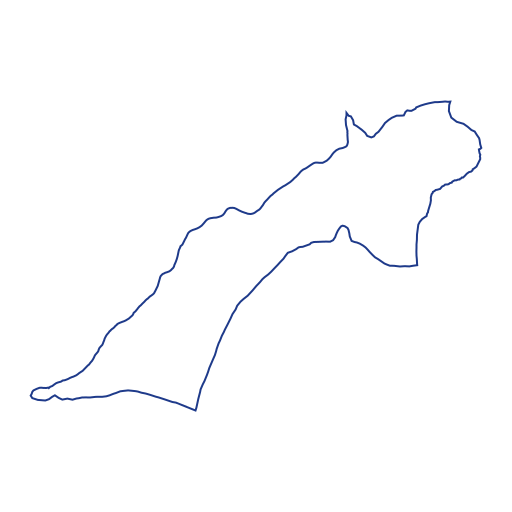 outline of Luangprabang, Louangphrabang, Laos
{"feature_id": "54806243B7800047317547", "entity_name": "Luangprabang", "entity_type": "district", "adm_level": 2, "iso_a3": "LAO", "parent_name": "Laos", "parent_adm1": "Louangphrabang", "projection": "robinson", "projection_center": [102.099, 19.82], "detail": "fine", "context": "isolated", "style": "outline", "palette": "blue", "viewbox_px": 512, "rotation_deg": 0, "n_neighbors": 0, "source": "geoboundaries", "source_scale": "gbopen_adm2", "svg_char_len": 6037}
<svg xmlns="http://www.w3.org/2000/svg" viewBox="0 0 512 512"><path d="M30.7,395.6L32.3,398.1L37.8,399.9L45.3,400.5L49.0,399.2L52.2,396.8L54.9,395.3L58.7,397.9L62.3,399.6L67.4,398.6L72.5,399.7L76.5,398.5L78.9,398.2L81.9,397.5L85.7,397.4L89.9,397.5L95.2,396.9L97.1,396.8L102.2,396.8L106.3,396.3L109.7,395.3L112.1,394.3L114.3,393.5L115.7,393.1L120.3,391.3L123.5,390.9L128.1,390.4L132.3,390.8L135.9,391.2L138.0,391.6L141.4,392.7L145.5,393.5L147.3,394.0L150.3,394.9L155.8,396.7L158.5,397.4L164.7,399.4L172.4,402.0L175.9,402.6L195.5,410.5L196.4,407.7L198.3,398.9L199.1,395.8L200.1,392.0L200.6,389.4L202.8,384.3L204.4,381.2L206.9,375.1L208.1,371.8L209.3,368.0L213.0,359.4L214.9,355.1L216.1,351.2L216.7,348.8L218.6,343.4L220.0,340.5L221.9,335.7L223.9,331.9L224.8,329.8L227.6,324.4L230.5,318.6L232.5,314.1L235.6,309.5L237.2,305.7L240.5,301.7L243.5,299.0L247.7,295.7L252.6,290.4L256.2,286.1L260.1,282.0L262.4,279.2L264.6,277.2L268.2,274.5L271.2,271.7L274.5,268.2L277.6,265.0L280.2,262.1L283.5,258.7L285.2,256.2L287.8,252.8L292.1,251.3L296.2,249.1L298.5,247.4L300.2,247.0L302.7,246.8L309.7,244.3L311.2,242.8L313.9,242.0L317.2,241.9L322.4,241.7L326.2,241.6L330.1,241.7L333.1,240.2L335.2,237.1L335.8,235.3L336.7,233.1L337.8,230.8L339.1,228.8L340.0,227.6L341.1,226.3L342.6,225.7L344.7,226.2L347.5,228.0L348.5,229.9L349.3,233.3L349.8,236.5L351.6,240.9L354.5,242.0L356.9,242.5L359.7,243.6L363.1,245.6L365.6,247.5L367.6,249.6L369.6,251.9L372.5,254.9L375.0,257.3L378.2,259.2L384.4,263.5L386.7,264.5L389.8,265.7L394.0,265.8L400.0,266.5L404.3,266.2L405.4,266.2L409.3,266.4L413.4,265.7L417.2,265.2L417.1,264.3L416.8,258.8L416.5,255.7L416.4,251.5L416.5,247.6L416.5,244.4L416.9,239.9L417.0,234.6L418.3,224.7L418.5,224.3L419.8,221.8L422.2,219.0L425.2,216.9L426.5,216.2L427.1,213.6L428.0,212.2L428.1,211.0L429.0,208.0L430.3,203.8L430.9,200.4L430.8,197.6L431.6,194.2L432.6,193.0L432.9,191.9L434.4,191.1L435.7,190.0L437.4,189.7L440.1,188.9L442.1,186.5L443.9,185.7L445.1,184.6L446.2,184.5L447.9,184.4L449.0,183.9L449.7,183.2L451.8,182.6L452.2,181.7L454.7,180.3L456.3,180.3L458.0,179.6L459.6,179.5L460.1,178.8L461.3,178.3L461.8,177.5L463.1,177.5L464.7,176.0L466.8,173.7L469.0,172.1L471.1,171.6L472.5,170.4L472.7,169.3L474.2,168.4L476.5,166.6L480.2,159.2L480.2,157.7L479.9,156.3L480.3,154.7L479.6,153.3L479.2,151.3L478.9,149.4L480.4,148.8L481.3,147.9L481.0,147.0L480.2,144.3L479.6,140.1L479.1,138.2L476.7,134.7L474.7,131.5L471.4,130.0L467.6,126.7L463.5,123.8L456.7,121.8L451.3,117.6L448.9,111.1L449.2,105.1L450.3,101.6L448.1,101.8L445.1,101.5L442.2,101.8L438.2,102.1L435.0,102.1L432.9,102.5L428.8,103.3L424.8,104.3L420.6,105.6L418.2,106.6L416.2,107.4L415.5,108.7L411.5,110.8L409.7,110.8L407.3,110.4L405.5,111.9L403.8,115.4L402.0,115.6L396.6,115.7L391.8,117.8L388.6,120.0L385.0,123.0L382.4,126.8L378.5,131.8L375.8,133.8L373.9,136.4L371.3,137.4L367.2,135.9L365.2,132.8L361.9,129.9L356.8,126.1L353.9,124.5L353.1,120.2L350.9,116.4L348.7,115.8L346.5,112.9L346.5,115.4L345.6,119.3L346.0,125.0L347.5,131.1L347.3,132.1L347.5,133.2L347.4,134.9L347.6,138.2L347.7,140.0L347.9,141.3L347.9,142.3L347.6,143.6L347.3,144.7L346.8,145.8L346.1,146.5L344.7,147.2L342.7,148.0L339.3,148.7L336.4,150.2L333.8,152.5L332.4,154.2L330.6,156.8L328.8,158.8L326.7,160.7L323.7,162.3L322.6,162.8L321.2,162.8L319.3,162.8L317.1,162.6L315.7,162.6L314.3,162.9L312.9,163.6L310.6,165.1L308.0,166.9L307.0,167.6L305.5,168.5L303.3,169.5L301.7,170.7L300.6,171.7L298.6,174.1L295.9,176.9L294.3,178.2L292.8,179.8L290.3,182.0L285.3,185.3L283.2,186.4L278.0,189.8L273.4,193.5L272.6,194.4L270.6,195.9L268.9,197.7L267.3,199.5L265.8,201.0L264.4,202.6L262.8,205.3L261.9,206.4L260.9,207.8L259.8,209.1L258.7,210.0L257.6,210.6L256.2,211.6L255.2,212.4L253.6,213.3L251.9,213.8L250.6,214.0L249.1,213.9L247.6,213.7L246.1,213.1L245.0,212.8L241.9,211.7L239.3,210.5L236.2,208.8L234.3,208.0L232.7,207.8L230.0,207.9L228.7,208.4L227.6,208.9L226.6,209.9L225.5,211.4L224.3,213.4L222.9,215.0L221.3,216.0L219.7,216.6L217.8,217.2L216.1,217.6L213.8,217.7L210.5,218.2L208.8,218.7L208.0,219.1L206.9,219.8L206.2,220.4L205.0,221.8L203.6,223.5L202.6,224.6L201.6,225.7L200.7,226.3L199.5,227.2L197.2,228.4L195.1,229.2L192.6,230.0L191.6,230.5L190.5,231.0L189.2,232.0L188.3,232.9L187.6,234.2L186.5,236.6L186.0,237.7L185.0,239.3L184.3,240.8L182.4,244.6L181.4,245.5L180.5,246.2L180.1,247.5L179.5,248.8L179.0,249.8L178.7,250.8L178.0,254.2L177.8,255.2L177.5,256.5L176.8,259.0L175.8,261.8L174.8,264.1L174.4,264.9L174.0,266.5L173.1,268.0L171.9,269.1L171.0,270.1L169.4,271.3L167.1,272.2L165.1,272.8L164.1,273.4L162.9,273.9L162.2,274.4L161.5,275.2L160.8,275.9L160.4,276.7L160.1,277.4L159.9,278.3L157.7,286.0L155.2,291.1L154.8,291.7L154.5,292.5L153.8,293.5L153.1,294.2L151.4,295.5L150.0,296.4L149.5,296.9L148.8,297.5L147.8,298.6L146.8,299.2L146.3,299.7L145.6,300.3L145.0,301.0L144.4,301.7L142.4,303.6L140.7,305.4L139.4,306.4L138.8,307.2L138.0,308.1L137.5,308.8L137.1,309.4L136.6,309.9L135.6,311.2L134.7,312.0L133.7,312.8L133.2,314.1L132.5,315.3L130.8,316.8L128.8,318.6L127.1,319.6L125.8,320.4L124.1,321.2L122.1,321.9L119.8,322.8L118.7,323.3L117.6,323.9L116.9,324.5L116.6,325.0L115.4,325.9L114.6,326.9L113.9,327.6L113.0,328.4L112.3,328.8L111.5,329.5L110.8,330.1L110.3,330.8L109.6,331.2L109.0,332.1L108.5,332.8L107.7,333.7L107.0,334.5L106.3,335.5L105.9,336.2L104.7,338.5L104.1,340.5L103.3,342.4L102.9,343.6L102.2,345.0L100.9,346.3L100.1,347.2L99.3,348.2L98.6,349.9L98.4,350.8L98.0,351.6L97.4,352.4L96.7,353.2L96.2,353.8L95.3,354.8L94.6,356.0L94.2,357.0L93.3,358.8L92.0,360.9L90.9,362.1L90.0,363.2L89.5,363.9L89.0,364.6L88.4,365.0L87.8,365.5L87.3,366.0L84.7,368.7L83.8,369.6L82.9,370.6L81.8,371.4L80.8,372.0L80.1,372.5L79.6,372.8L78.9,373.3L78.1,374.0L76.7,375.0L75.7,375.6L74.7,376.0L73.5,376.6L71.9,377.1L71.0,377.5L70.0,377.9L68.4,378.8L67.0,379.4L65.1,380.1L64.3,380.3L63.8,380.4L63.1,380.4L62.3,380.7L61.9,381.1L60.8,381.7L58.2,382.4L56.3,383.1L54.5,384.3L52.3,386.0L50.2,386.8L48.8,388.1L48.3,387.6L46.2,388.0L43.0,387.9L41.4,387.7L39.5,387.8L36.6,388.9L33.5,390.4L32.4,391.7L31.6,394.0L30.7,395.6Z" fill="none" stroke="#1e3a8a" stroke-width="2"/></svg>